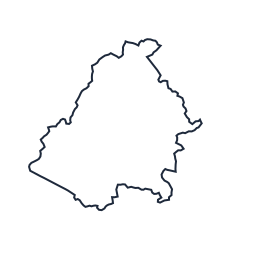 Socorro, São Paulo, Brazil (Robinson projection), rotated 29°
{"feature_id": "56859067B26049884492789", "entity_name": "Socorro", "entity_type": "district", "adm_level": 2, "iso_a3": "BRA", "parent_name": "Brazil", "parent_adm1": "São Paulo", "projection": "robinson", "projection_center": [-46.516, -22.599], "detail": "fine", "context": "isolated", "style": "outline", "palette": "slate", "viewbox_px": 256, "rotation_deg": 29, "n_neighbors": 0, "source": "geoboundaries", "source_scale": "gbopen_adm2", "svg_char_len": 2699}
<svg xmlns="http://www.w3.org/2000/svg" viewBox="0 0 256 256"><g transform="rotate(29 128 128)"><path d="M161.1,75.5L157.7,75.5L155.6,75.9L154.9,73.5L151.7,73.1L149.2,74.6L146.3,73.2L144.1,73.6L141.4,70.7L139.7,68.0L137.6,68.6L135.6,69.9L134.4,72.1L132.6,72.2L131.1,71.0L131.0,66.1L125.6,63.2L118.3,60.1L110.1,56.6L113.7,52.0L113.7,49.4L115.2,46.3L116.6,40.2L113.6,40.6L111.8,39.1L109.7,38.4L107.5,39.2L104.8,39.6L101.8,41.0L100.2,42.8L99.6,44.8L97.5,45.1L96.6,47.7L97.1,50.8L93.8,50.9L91.0,51.4L88.8,52.2L86.5,53.0L83.9,53.4L84.4,55.4L84.2,57.4L84.5,59.9L85.8,62.0L86.7,64.4L88.0,66.2L87.4,68.6L85.9,71.1L83.3,70.7L79.6,70.9L76.7,70.9L75.5,73.2L72.8,75.7L71.4,78.3L69.7,82.0L69.5,85.8L68.2,88.4L66.3,91.0L68.1,93.6L69.9,95.5L70.4,98.1L71.4,100.4L72.6,102.5L73.8,104.1L73.0,106.3L72.0,108.4L73.3,110.6L72.4,113.4L70.7,115.9L69.8,118.2L69.8,120.8L70.1,124.3L70.1,127.6L69.9,130.9L72.9,132.6L73.1,134.8L72.4,137.2L72.5,141.1L73.2,143.7L72.6,146.6L73.7,149.3L75.2,150.8L74.5,153.0L71.9,154.1L70.4,152.5L68.8,151.1L66.7,151.5L65.3,153.6L65.3,156.3L64.3,158.8L64.2,161.6L61.5,163.0L59.8,164.3L57.8,166.2L59.5,167.7L60.7,169.0L60.4,171.2L60.0,173.4L58.6,176.0L58.2,177.9L57.3,180.4L59.1,181.8L61.6,182.8L64.3,185.0L63.5,187.5L62.3,190.6L64.1,192.6L65.2,195.4L65.0,198.3L64.0,200.1L62.4,202.5L60.4,205.3L59.8,207.9L60.3,209.9L63.2,212.8L74.9,212.6L78.8,212.4L96.2,212.0L102.7,211.8L105.8,211.8L113.9,212.4L114.6,214.9L117.0,216.2L118.5,214.5L120.8,214.6L124.0,216.3L126.8,217.3L129.0,217.6L130.6,216.1L132.0,214.6L134.0,214.2L135.5,212.7L137.0,211.6L139.1,210.9L139.6,212.7L142.3,213.6L144.8,212.6L146.4,209.8L146.5,207.6L147.2,205.8L148.3,204.2L150.0,202.7L151.3,201.0L149.8,198.9L147.6,196.2L149.8,195.1L152.2,193.0L147.6,187.5L147.0,184.5L146.6,182.5L149.0,181.2L150.8,179.7L152.8,178.8L156.7,180.3L159.3,177.9L161.6,177.4L163.5,176.9L166.0,175.3L169.7,175.4L171.4,174.5L172.5,172.7L178.3,170.8L180.5,172.7L182.8,173.0L184.7,171.8L186.4,169.7L188.3,171.2L190.9,172.7L189.0,176.2L189.9,178.1L192.2,177.7L195.0,173.7L198.7,170.9L197.4,168.7L198.6,165.6L197.3,163.3L196.2,160.2L190.4,156.5L188.5,156.2L185.4,156.3L181.8,154.8L179.9,152.4L179.8,148.4L180.5,145.8L182.6,145.6L185.1,144.8L190.9,143.1L189.4,140.9L187.3,136.7L186.1,133.8L184.3,132.0L182.8,130.0L180.8,128.0L181.7,125.6L182.7,123.2L185.0,122.0L186.7,119.2L183.0,117.4L177.2,117.7L176.9,114.9L175.6,112.4L174.1,111.2L175.0,108.9L178.2,105.5L180.5,104.8L182.8,101.4L185.4,100.1L187.3,97.6L188.1,94.7L189.4,93.3L190.2,88.2L188.3,86.9L186.9,85.8L186.4,87.7L183.9,89.4L182.4,93.4L178.5,92.9L177.2,90.7L174.2,89.9L170.6,87.8L170.9,84.8L168.8,83.0L166.2,82.3L164.8,81.1L164.5,78.6L161.1,75.5Z" fill="none" stroke="#1e293b" stroke-width="2"/></g></svg>